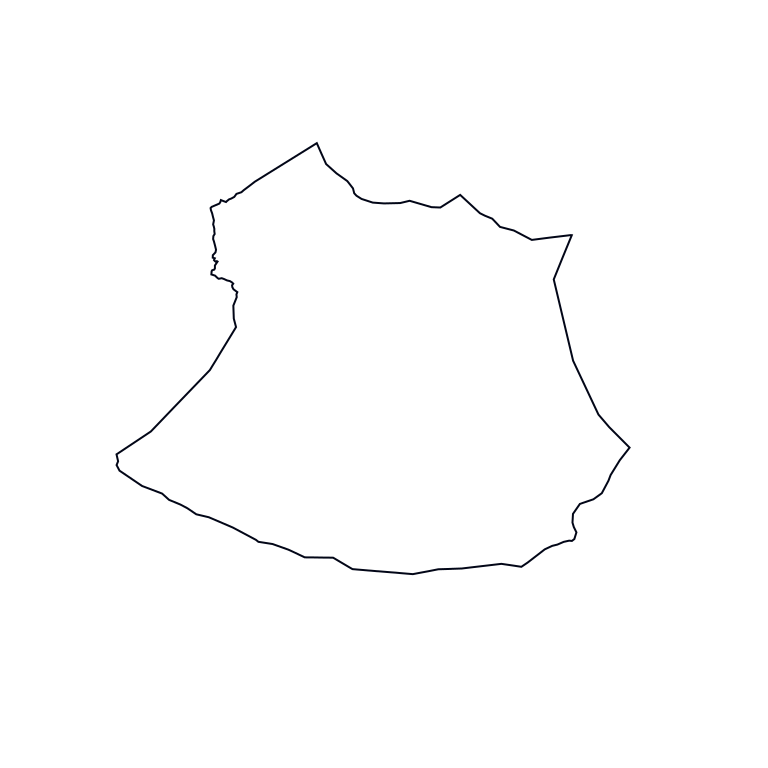 the district of Akwanga, Nassarawa, Nigeria, rotated 129°
{"feature_id": "59680162B44141715713069", "entity_name": "Akwanga", "entity_type": "district", "adm_level": 2, "iso_a3": "NGA", "parent_name": "Nigeria", "parent_adm1": "Nassarawa", "projection": "albers", "projection_center": [8.354, 9.0], "detail": "fine", "context": "isolated", "style": "outline", "palette": "ink", "viewbox_px": 768, "rotation_deg": 129, "n_neighbors": 0, "source": "geoboundaries", "source_scale": "gbopen_adm2", "svg_char_len": 2278}
<svg xmlns="http://www.w3.org/2000/svg" viewBox="0 0 768 768"><g transform="rotate(129 384 384)"><path d="M150.2,331.7L150.7,332.5L166.0,347.4L179.0,359.8L183.0,379.7L188.9,392.7L187.4,403.9L189.7,411.5L190.9,416.9L190.9,417.0L189.1,443.8L211.4,451.3L216.7,458.4L225.5,479.4L233.2,485.3L243.7,497.7L250.1,506.9L254.3,517.9L255.0,523.9L254.5,527.2L251.5,531.2L250.5,535.4L249.4,540.2L250.2,553.5L249.5,567.4L244.3,577.7L239.1,587.8L308.1,611.7L314.9,613.3L321.7,615.0L324.7,615.5L329.1,618.3L332.8,618.1L336.0,619.4L338.0,620.6L340.8,621.2L342.0,621.3L343.0,624.2L343.7,626.5L345.7,625.7L347.4,625.5L354.8,629.4L356.4,629.5L357.8,627.9L359.5,625.0L361.8,622.0L363.9,619.1L367.5,617.2L368.7,615.4L370.2,613.5L372.0,612.1L374.0,610.0L376.4,609.7L378.9,608.0L380.2,605.9L383.0,602.1L385.4,599.0L387.8,597.8L391.6,598.1L393.6,596.6L392.8,594.6L393.7,594.4L394.7,594.1L394.9,593.0L394.9,592.0L393.7,591.2L393.6,590.4L398.3,590.0L400.5,588.2L401.9,587.9L403.7,589.1L404.9,588.9L407.5,587.1L406.1,583.5L406.3,581.3L406.4,579.7L406.2,578.6L403.9,576.7L403.1,574.4L402.3,571.2L401.0,568.5L400.7,566.1L400.9,564.3L402.9,564.2L404.2,562.8L405.1,560.6L405.0,557.6L404.9,555.8L407.2,555.1L409.2,553.1L417.9,550.4L427.7,541.9L432.9,534.8L440.2,533.8L462.8,530.8L471.2,529.6L477.6,528.8L482.7,528.1L484.0,528.2L534.1,532.5L567.6,535.3L607.0,547.6L611.4,542.0L615.3,540.8L617.8,535.0L615.5,507.8L608.8,487.5L609.3,478.1L605.8,466.3L604.3,458.6L603.4,447.9L597.8,436.3L590.7,411.2L585.7,385.4L585.7,382.3L581.4,374.9L578.5,369.9L573.0,354.3L572.4,352.1L568.6,336.5L563.5,330.1L557.3,322.2L554.1,318.2L551.0,314.2L548.3,295.8L547.7,292.0L544.6,287.4L542.0,283.6L538.7,278.7L537.3,276.7L533.8,271.5L533.2,270.7L525.7,259.7L523.2,256.1L520.6,252.2L513.6,241.9L507.8,237.0L501.6,231.7L493.8,225.2L492.0,223.1L485.9,216.0L485.6,215.7L479.7,208.9L478.4,207.4L471.6,200.8L457.7,187.2L449.9,179.6L445.2,171.7L442.6,167.3L442.2,166.6L439.6,162.2L432.4,160.0L411.3,155.0L403.9,151.4L399.7,148.2L393.6,145.0L389.2,141.5L387.7,139.2L384.7,138.5L378.2,141.1L375.7,146.5L373.1,150.3L366.0,155.4L353.9,156.3L341.8,148.7L331.8,146.0L317.9,148.7L312.1,150.6L294.8,152.8L278.9,153.1L275.8,181.8L272.8,198.1L246.9,251.7L195.9,317.9L173.6,324.7L150.2,331.7Z" fill="none" stroke="#020617" stroke-width="2"/></g></svg>